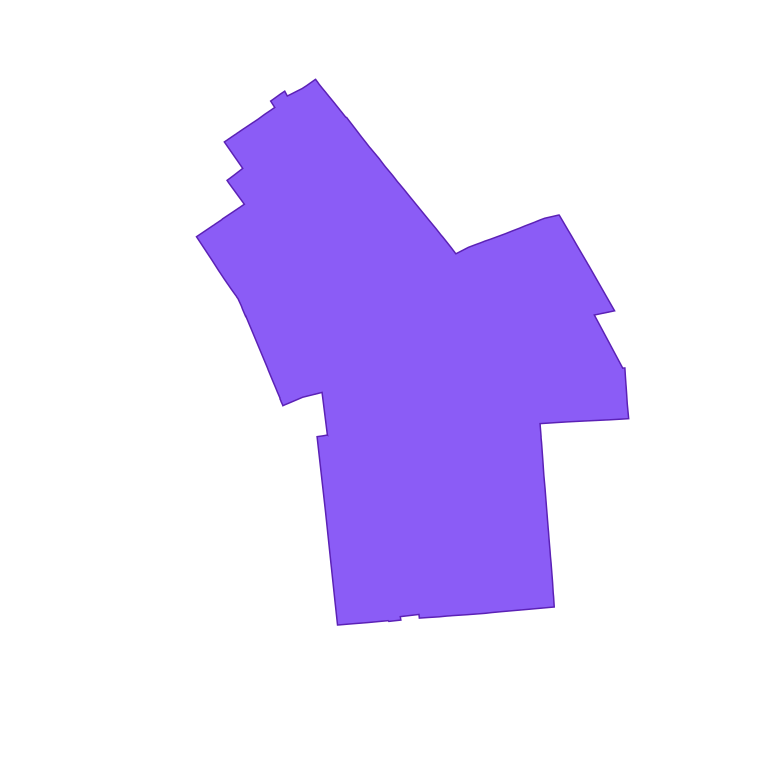 outline of Bradeanu, Buzau, Romania, rotated 299°
{"feature_id": "2599482B91105412745830", "entity_name": "Bradeanu", "entity_type": "district", "adm_level": 2, "iso_a3": "ROU", "parent_name": "Romania", "parent_adm1": "Buzau", "projection": "albers", "projection_center": [26.862, 44.9], "detail": "fine", "context": "isolated", "style": "filled", "palette": "violet", "viewbox_px": 768, "rotation_deg": 299, "n_neighbors": 0, "source": "geoboundaries", "source_scale": "gbopen_adm2", "svg_char_len": 2907}
<svg xmlns="http://www.w3.org/2000/svg" viewBox="0 0 768 768"><g transform="rotate(299 384 384)"><path d="M514.8,586.9L514.3,586.1L513.6,585.1L513.8,584.8L520.8,574.0L546.3,534.5L559.8,550.2L564.4,542.6L587.0,505.4L587.7,504.1L588.9,502.2L589.6,501.0L590.0,500.3L598.9,485.3L604.4,476.2L607.7,470.5L613.7,460.4L616.4,455.8L616.7,455.2L615.6,453.9L612.6,450.6L608.5,446.0L607.7,445.1L606.9,444.2L602.8,440.7L597.2,436.2L590.8,430.8L586.0,427.0L579.7,421.7L574.4,417.4L571.5,414.9L570.1,413.7L567.8,411.7L562.1,406.8L557.5,402.6L556.7,402.0L553.8,399.6L550.5,396.7L544.6,391.7L544.2,391.4L532.8,383.8L532.7,383.7L535.7,377.0L538.5,370.3L541.1,364.0L542.0,361.5L545.0,354.4L549.2,343.7L552.0,336.7L560.7,314.9L564.0,306.8L565.7,302.4L567.5,297.6L570.5,290.7L572.2,286.3L574.8,279.5L576.4,275.8L578.7,270.7L583.8,257.5L583.9,257.0L586.4,251.2L589.4,244.0L593.1,235.6L597.3,225.9L599.0,222.1L598.8,221.1L599.2,220.2L606.6,202.2L608.6,197.1L609.3,195.3L609.7,194.5L609.8,194.1L611.0,191.2L612.7,186.8L614.7,181.9L616.1,179.1L616.4,178.4L616.5,178.0L617.0,177.1L617.1,176.8L617.3,176.5L617.3,176.4L615.2,175.4L609.2,172.5L607.7,171.8L602.6,169.1L598.7,166.4L592.9,162.5L589.0,159.8L592.0,155.2L586.9,152.6L584.3,151.4L576.5,147.7L572.9,154.4L561.8,148.8L554.8,145.6L549.9,143.1L549.6,142.9L537.4,136.6L518.3,127.0L504.1,155.9L494.2,151.7L486.0,148.0L485.3,149.4L484.8,150.3L482.8,154.6L473.5,174.7L460.9,168.3L450.1,162.7L449.0,162.4L421.9,148.6L408.6,174.1L403.0,184.4L402.2,186.0L398.3,193.5L397.0,196.1L395.7,198.7L395.6,199.0L393.0,204.2L390.2,210.1L389.2,212.3L388.4,213.6L388.0,214.7L387.5,215.4L386.9,216.2L385.6,218.0L383.7,220.6L382.6,222.0L381.0,223.8L376.1,230.1L376.4,230.2L369.6,238.8L369.0,239.6L341.0,275.0L340.4,275.6L336.5,280.5L332.7,285.3L327.6,291.8L325.4,294.5L323.1,297.5L321.3,299.8L321.1,299.9L320.4,300.4L319.5,301.7L319.0,302.2L318.2,303.2L317.8,303.8L316.6,305.4L316.0,306.1L317.8,307.4L320.4,309.5L333.0,319.3L346.6,333.9L312.1,359.1L311.9,359.3L311.9,359.2L310.1,357.0L308.8,355.4L308.5,355.0L305.5,351.0L285.5,365.2L245.3,393.8L235.9,400.4L198.9,426.3L198.5,426.6L169.7,446.8L165.6,449.7L150.7,460.2L151.7,461.8L156.7,469.2L167.7,485.8L179.0,502.3L178.7,503.3L181.4,507.1L185.7,513.2L188.4,511.0L199.4,526.3L196.4,528.4L201.3,536.0L207.1,545.1L211.6,551.6L213.6,554.7L214.3,555.7L214.5,556.0L222.7,568.8L232.1,583.1L232.5,583.7L236.3,589.0L241.7,596.9L256.8,619.3L271.5,641.0L280.1,635.5L283.6,633.1L292.1,627.7L308.3,617.0L313.7,613.3L319.2,609.7L321.7,608.0L329.2,603.0L334.4,599.6L337.9,597.2L339.6,596.1L343.5,593.5L359.8,582.7L370.7,575.5L381.9,567.9L394.6,559.7L399.5,556.5L409.3,550.1L413.0,547.5L414.1,546.9L418.5,544.0L422.7,541.2L425.0,539.7L434.0,553.7L440.0,563.1L448.6,576.9L456.0,588.9L460.6,596.3L461.5,597.8L468.4,608.7L472.3,614.8L485.0,606.1L491.9,601.7L498.7,597.3L501.1,595.7L507.9,591.3L514.8,586.9Z" fill="#8b5cf6" stroke="#5b21b6" stroke-width="1.5"/></g></svg>